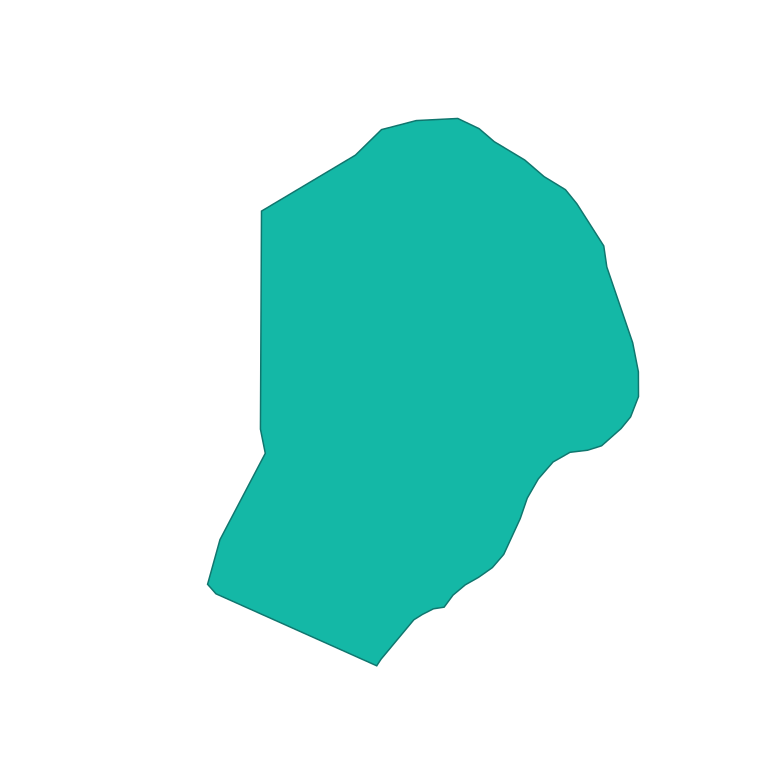 Podlehnik, Natural Earth projection, rotated 50°
{"feature_id": "SVN-232", "entity_name": "Podlehnik", "entity_type": "Municipality", "adm_level": 1, "iso_a3": "SVN", "parent_name": "Slovenia", "parent_adm1": "", "projection": "natural_earth1", "projection_center": [15.89, 46.305], "detail": "fine", "context": "isolated", "style": "filled", "palette": "teal", "viewbox_px": 768, "rotation_deg": 50, "n_neighbors": 0, "source": "natural_earth", "source_scale": "10m", "svg_char_len": 698}
<svg xmlns="http://www.w3.org/2000/svg" viewBox="0 0 768 768"><g transform="rotate(50 384 384)"><path d="M595.2,570.7L436.7,647.6L424.0,647.9L423.0,646.4L397.8,609.7L360.8,519.5L339.2,507.7L172.8,366.7L190.3,258.8L187.5,222.4L202.9,190.0L228.0,156.8L249.6,147.0L269.2,143.8L302.9,132.2L328.0,128.1L351.8,120.1L369.9,120.4L419.5,126.9L437.6,138.1L512.3,167.0L538.2,181.3L557.2,197.1L567.7,216.2L570.5,231.0L571.2,257.0L565.6,270.6L555.9,285.4L552.4,304.6L555.9,326.8L563.5,347.6L574.7,366.2L591.5,401.8L594.3,419.0L592.9,435.6L590.1,450.9L590.1,466.9L593.6,481.4L588.0,490.6L585.2,502.7L583.8,512.7L592.9,563.1L594.5,568.5L595.2,570.7Z" fill="#14b8a6" stroke="#0f766e" stroke-width="1.5"/></g></svg>